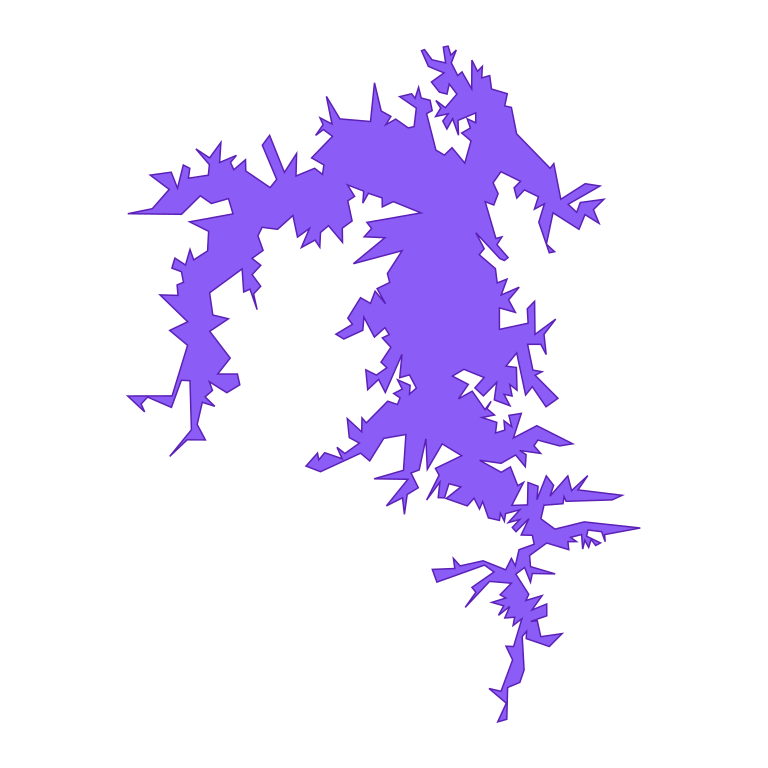 the district of Wadung Kedungombo, Jawa Tengah, Indonesia
{"feature_id": "22746128B86942252851890", "entity_name": "Wadung Kedungombo", "entity_type": "district", "adm_level": 2, "iso_a3": "IDN", "parent_name": "Indonesia", "parent_adm1": "Jawa Tengah", "projection": "equal_earth", "projection_center": [110.819, -7.295], "detail": "fine", "context": "isolated", "style": "filled", "palette": "violet", "viewbox_px": 768, "rotation_deg": 0, "n_neighbors": 0, "source": "geoboundaries", "source_scale": "gbopen_adm2", "svg_char_len": 6087}
<svg xmlns="http://www.w3.org/2000/svg" viewBox="0 0 768 768"><path d="M301.4,247.5L315.0,240.1L319.8,247.2L320.5,232.5L328.5,225.7L342.5,242.3L342.3,228.1L352.1,221.0L347.8,200.8L354.6,196.4L347.5,184.9L363.7,191.1L362.8,203.1L368.4,193.3L382.1,197.9L382.3,206.9L393.3,201.6L421.0,212.9L366.9,222.4L371.6,228.5L364.2,236.8L384.9,237.7L353.4,263.7L402.1,250.7L387.4,273.5L389.7,282.5L377.1,288.6L385.6,303.8L375.1,291.2L370.5,303.4L360.5,297.7L347.8,318.2L352.4,324.3L335.9,334.2L343.8,339.0L362.8,330.3L363.9,317.2L374.4,337.1L384.9,327.7L389.2,334.6L382.3,337.9L390.9,347.3L381.0,362.2L386.9,367.7L376.4,375.1L365.8,369.8L367.7,389.7L378.6,379.4L385.3,392.5L402.0,354.3L399.7,377.7L409.5,374.9L416.4,388.1L409.5,394.1L410.1,385.3L397.6,379.8L402.2,389.1L393.7,393.5L400.1,397.9L397.4,404.5L387.7,401.2L366.3,422.9L362.0,417.9L361.7,431.9L347.3,418.6L349.3,437.6L359.4,443.1L344.9,453.5L337.0,447.3L342.1,458.7L324.7,452.7L318.8,459.9L317.5,453.1L306.0,466.1L320.5,471.7L360.6,453.2L369.7,460.9L383.7,438.4L405.9,434.5L403.5,470.3L374.1,478.8L407.9,479.3L386.4,505.9L402.5,497.8L404.4,514.3L407.2,494.5L418.3,487.7L411.0,473.0L419.2,469.9L425.9,438.8L427.3,469.4L442.2,443.9L461.7,455.7L435.4,468.4L439.1,475.2L426.6,500.1L439.9,482.1L438.2,497.6L444.5,497.9L448.9,483.7L460.8,486.9L446.1,498.5L467.3,505.9L474.0,498.2L479.5,509.0L482.7,501.6L488.4,517.9L499.4,520.4L500.4,513.3L504.4,521.2L505.5,513.6L519.8,509.8L508.3,522.6L519.7,519.5L512.3,527.5L516.0,531.7L528.9,518.6L521.2,535.0L532.3,535.3L534.2,544.2L519.0,549.7L515.3,565.8L511.4,558.4L505.7,569.8L483.1,560.8L460.1,565.9L453.4,558.4L454.8,568.5L432.3,569.4L436.9,582.1L484.5,565.1L494.0,572.0L471.9,587.4L475.9,592.2L465.2,607.4L489.6,581.4L511.4,583.2L500.1,594.8L505.8,598.0L491.8,602.4L503.7,605.8L498.5,615.3L509.7,606.5L504.8,618.0L514.6,617.2L513.1,625.5L521.9,618.7L513.6,646.5L506.0,646.2L512.6,659.9L501.0,691.3L489.0,688.5L506.3,703.2L497.7,721.9L506.8,719.3L507.6,687.5L519.9,682.3L524.1,669.9L522.2,636.6L526.6,631.3L526.2,638.6L549.3,646.5L562.1,633.6L540.8,636.7L537.3,620.8L530.8,621.4L546.8,615.8L546.7,604.0L531.9,610.0L542.1,595.6L525.8,600.5L528.8,594.4L515.8,574.1L524.6,567.5L530.5,582.2L532.3,573.5L555.2,573.9L530.5,566.6L529.6,555.5L546.7,543.0L568.8,549.7L567.9,541.7L576.5,541.6L570.6,537.3L581.6,534.6L582.7,549.1L584.8,540.4L588.7,547.4L591.1,539.5L595.7,545.5L600.5,542.9L586.6,536.2L587.9,530.0L601.6,531.7L605.2,541.7L604.6,534.6L640.3,528.0L584.2,521.9L554.9,529.1L540.9,518.8L544.0,505.2L563.0,503.7L564.0,496.7L566.1,501.3L612.1,499.9L622.2,495.3L578.0,489.9L587.8,475.6L571.6,490.6L567.8,475.9L550.0,496.2L553.6,485.4L546.3,475.9L536.9,499.7L538.1,486.3L528.0,482.5L527.5,504.9L511.8,505.4L523.6,482.4L517.7,485.6L510.4,466.9L501.2,472.3L479.6,460.3L501.1,463.3L515.6,455.0L525.3,466.7L526.1,454.6L519.7,450.5L540.6,453.4L534.0,445.8L537.8,440.1L559.7,445.9L572.7,443.8L536.8,425.7L513.4,438.0L521.3,413.4L508.9,415.4L511.7,426.7L504.0,420.8L504.8,430.1L495.5,433.0L496.8,422.4L482.0,417.5L494.5,415.0L487.0,408.7L491.1,401.3L485.0,409.6L472.2,391.2L458.4,398.9L468.3,384.4L452.4,376.1L463.9,369.3L484.1,377.5L474.9,387.9L483.4,395.9L496.7,382.4L494.3,399.9L510.0,405.8L504.0,394.3L512.1,396.0L509.8,384.5L517.0,390.2L516.4,367.5L506.0,366.1L516.7,352.9L525.6,395.0L532.3,386.7L546.0,406.8L558.0,398.3L535.1,375.3L542.0,371.7L532.9,370.1L527.6,344.3L540.8,344.3L546.2,354.6L544.0,334.4L555.7,319.1L535.0,334.4L534.6,301.3L527.3,308.8L528.1,323.2L499.4,329.4L499.4,307.9L515.4,312.4L508.6,299.9L519.2,287.2L501.2,295.0L507.0,279.1L497.2,282.9L495.4,268.6L479.2,254.7L484.2,248.7L475.8,232.7L499.9,258.6L504.4,260.5L508.1,257.6L496.9,244.7L501.9,236.9L495.9,238.5L485.2,201.7L493.8,205.0L498.1,193.7L493.1,182.8L500.9,171.7L520.5,181.3L514.1,187.8L516.8,198.1L524.4,189.9L538.4,196.7L534.4,209.2L544.4,203.8L538.8,222.2L549.3,252.8L554.6,251.7L546.4,244.2L553.0,212.8L579.0,229.3L585.0,214.6L599.1,223.4L593.4,209.6L603.9,199.3L580.3,202.5L576.7,212.3L568.1,204.3L600.0,186.0L585.2,183.7L560.8,199.3L553.8,163.6L550.1,168.3L516.6,133.8L511.4,107.4L504.7,105.9L507.3,93.7L491.5,89.0L489.7,75.6L481.7,77.9L482.4,66.3L477.5,71.3L471.9,60.1L471.7,88.9L462.0,71.9L457.7,75.5L451.3,62.8L456.3,50.0L450.9,55.1L448.1,46.1L443.3,47.1L445.6,62.9L432.0,59.8L424.5,49.6L421.5,50.7L428.4,66.4L444.0,72.9L431.4,82.0L439.4,92.1L447.0,94.1L449.2,84.0L456.9,94.1L445.3,107.7L435.9,100.5L440.7,108.1L435.6,116.5L448.2,113.8L442.8,121.0L446.9,129.0L452.6,118.7L458.5,135.2L458.0,120.4L475.7,112.9L475.7,122.7L467.2,118.8L470.4,128.0L461.7,133.0L471.0,140.9L464.8,163.1L452.0,147.7L444.4,155.1L435.9,150.1L426.6,113.6L432.2,110.6L430.1,100.3L421.2,98.0L418.6,87.3L415.1,98.2L411.6,93.8L399.6,96.6L416.3,108.1L414.1,126.6L408.2,127.9L395.7,119.1L385.8,124.7L390.9,116.4L381.2,111.0L374.5,82.8L370.5,121.5L339.9,118.9L326.4,96.4L332.0,124.0L320.0,117.8L323.1,124.7L315.6,135.4L323.4,129.6L332.5,136.3L311.6,157.9L323.9,164.9L322.5,174.4L314.6,168.3L296.0,176.0L296.6,153.5L284.4,172.4L269.6,135.4L262.3,145.2L276.7,179.4L270.1,187.6L245.8,171.0L245.5,159.7L233.8,169.7L230.5,162.4L236.4,155.4L219.6,162.5L220.9,142.4L209.6,157.9L195.9,148.9L209.4,164.7L208.3,175.2L188.4,178.2L189.8,168.3L183.3,165.0L177.5,188.2L171.2,172.2L150.2,175.1L169.2,189.4L152.3,208.7L127.8,213.7L181.5,214.3L200.3,195.8L211.4,203.5L228.5,198.6L233.0,213.9L189.6,221.8L208.6,231.3L207.6,250.9L193.7,259.9L190.0,249.5L185.5,265.0L174.9,258.1L171.9,268.1L181.4,271.7L183.5,282.3L177.1,284.9L178.0,295.4L160.0,294.9L187.7,321.8L169.7,330.4L187.6,345.3L172.1,395.9L127.7,396.0L144.7,411.9L141.1,404.0L147.6,397.1L171.4,407.4L181.3,380.3L190.0,380.7L191.4,429.8L169.7,456.4L187.2,439.8L205.4,439.9L197.2,424.5L202.3,402.3L214.8,406.3L205.1,396.9L212.5,390.4L209.3,381.7L226.8,392.7L239.8,384.8L237.4,374.0L217.7,374.0L230.2,358.1L209.7,331.3L228.4,318.8L212.8,315.0L209.6,292.8L242.1,268.9L243.7,292.0L250.0,289.2L257.1,309.6L253.6,293.9L260.7,286.3L252.1,274.6L260.8,265.3L252.0,258.4L263.1,250.4L257.9,235.8L262.1,227.3L277.6,229.3L292.9,215.5L297.5,237.1L309.5,228.4L301.4,247.5Z" fill="#8b5cf6" stroke="#5b21b6" stroke-width="1.5"/></svg>